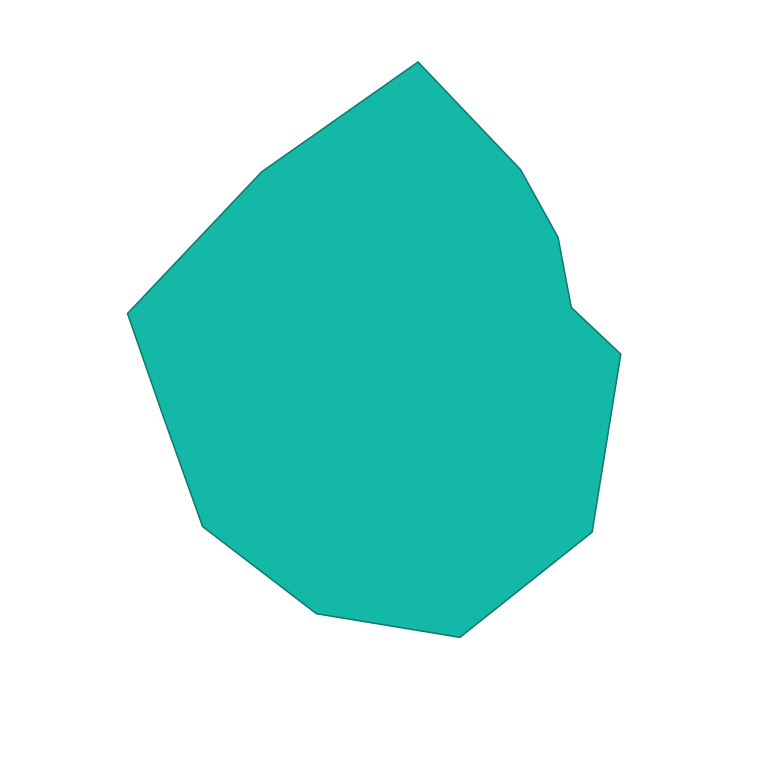 Santa Catarina do Fogo, Robinson projection, rotated 328°
{"feature_id": "CPV-5044", "entity_name": "Santa Catarina do Fogo", "entity_type": "state/province", "adm_level": 1, "iso_a3": "CPV", "parent_name": "Cabo Verde", "parent_adm1": "", "projection": "robinson", "projection_center": [-24.332, 14.912], "detail": "fine", "context": "isolated", "style": "filled", "palette": "teal", "viewbox_px": 768, "rotation_deg": 328, "n_neighbors": 0, "source": "natural_earth", "source_scale": "10m", "svg_char_len": 327}
<svg xmlns="http://www.w3.org/2000/svg" viewBox="0 0 768 768"><g transform="rotate(328 384 384)"><path d="M583.5,128.9L613.4,274.6L609.3,352.0L583.4,418.3L600.6,484.2L482.0,619.9L314.1,639.1L205.0,543.1L154.6,408.8L179.8,293.6L203.8,188.3L392.8,139.2L583.5,128.9Z" fill="#14b8a6" stroke="#0f766e" stroke-width="1.5"/></g></svg>